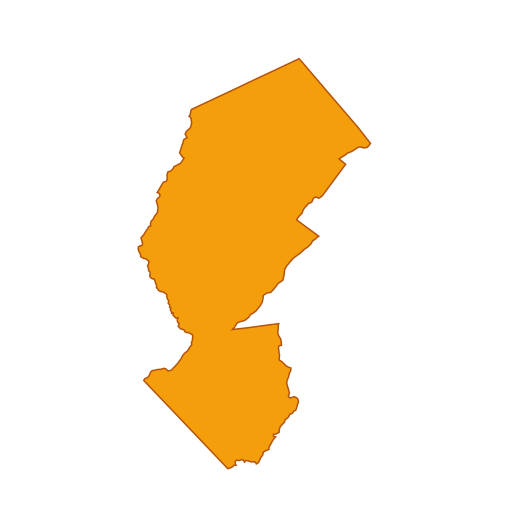 outline of Araputanga, Mato Grosso, Brazil, rotated 226°
{"feature_id": "56859067B59934411010082", "entity_name": "Araputanga", "entity_type": "district", "adm_level": 2, "iso_a3": "BRA", "parent_name": "Brazil", "parent_adm1": "Mato Grosso", "projection": "robinson", "projection_center": [-58.498, -15.266], "detail": "fine", "context": "isolated", "style": "filled", "palette": "amber", "viewbox_px": 512, "rotation_deg": 226, "n_neighbors": 0, "source": "geoboundaries", "source_scale": "gbopen_adm2", "svg_char_len": 4058}
<svg xmlns="http://www.w3.org/2000/svg" viewBox="0 0 512 512"><g transform="rotate(226 256 256)"><path d="M352.3,202.1L350.7,201.3L351.7,199.1L350.9,197.4L350.6,194.8L349.9,192.5L349.2,189.7L349.0,185.9L346.5,184.6L344.9,183.7L343.5,182.8L342.7,181.1L343.9,179.6L344.3,177.7L342.7,176.0L340.6,174.9L337.5,174.1L335.7,172.6L334.0,173.0L332.3,173.5L330.5,174.8L328.4,175.1L326.3,175.3L324.9,173.0L324.3,171.1L322.3,170.4L320.0,168.6L318.0,168.6L316.7,167.4L315.6,165.8L313.9,165.1L311.4,165.7L310.0,166.9L307.8,165.7L305.4,164.6L303.6,163.9L302.5,162.4L300.7,162.5L298.7,162.0L296.6,162.8L294.7,164.2L292.7,164.7L290.2,165.1L288.4,163.3L286.5,162.4L284.4,162.1L283.1,160.1L280.5,159.8L279.1,158.2L277.5,158.7L276.8,157.0L274.8,156.5L273.3,155.4L272.4,156.9L271.0,155.2L269.2,155.2L267.0,155.3L265.8,157.0L264.9,155.0L262.8,153.6L260.9,153.9L259.6,151.3L256.1,151.1L253.1,152.9L251.0,152.3L249.3,152.7L247.7,154.3L245.7,154.9L243.5,155.5L241.8,154.4L240.8,152.9L239.3,151.5L238.8,149.6L236.8,148.1L236.4,144.7L235.2,140.9L235.6,138.2L235.6,135.9L235.1,133.1L233.9,130.2L233.8,127.9L233.2,125.6L233.1,123.5L232.9,121.4L232.9,118.8L232.6,116.6L233.2,114.6L234.6,112.8L237.4,112.8L239.3,111.6L240.6,108.9L242.6,106.5L244.1,104.0L245.6,101.8L245.7,99.7L244.9,97.7L244.0,95.4L244.0,92.9L245.0,91.3L244.5,88.8L122.5,88.0L121.2,90.9L120.6,93.1L120.8,95.1L119.3,96.3L121.0,96.9L122.5,97.9L122.7,100.1L120.4,101.9L119.4,104.5L117.5,105.1L115.8,104.5L115.9,106.5L114.2,108.1L111.7,109.1L109.7,111.3L107.9,112.4L106.2,111.8L105.7,114.2L106.6,116.8L107.6,119.1L107.9,121.2L108.4,123.2L109.9,124.7L109.0,128.2L107.9,130.9L109.6,132.8L110.6,136.6L111.5,139.1L112.0,141.7L112.3,144.5L114.2,143.4L115.6,144.7L114.0,146.9L113.1,150.1L115.0,152.2L116.4,155.0L116.6,158.3L116.7,161.1L118.0,163.1L117.6,165.6L117.6,167.6L118.7,170.2L117.6,172.8L118.1,175.6L117.5,177.6L118.7,180.0L120.2,182.4L121.3,184.9L123.4,186.4L125.4,186.8L127.1,186.3L128.5,185.4L129.2,183.7L130.2,181.9L132.3,181.6L133.5,183.4L134.4,185.0L136.5,186.1L138.2,187.1L139.9,187.9L141.8,188.9L143.6,190.1L145.1,192.3L146.3,195.2L148.2,198.0L149.5,201.5L151.2,203.3L154.2,201.8L156.6,201.3L159.0,201.3L162.2,201.2L164.9,200.4L166.2,201.6L168.4,204.1L170.9,205.6L172.3,207.0L174.3,208.2L175.4,210.1L174.1,212.3L176.3,214.2L179.3,216.2L182.4,216.7L185.6,218.2L187.3,220.4L188.6,221.6L190.6,223.9L191.6,225.4L209.4,201.2L211.5,198.4L219.5,188.0L219.6,190.5L220.1,193.0L220.9,195.7L220.0,198.5L218.8,200.6L217.5,203.2L217.2,205.0L217.0,208.4L217.8,211.2L217.0,213.8L216.5,217.5L217.3,224.5L218.4,228.3L220.5,231.5L222.6,233.8L221.9,237.9L219.6,241.3L219.8,245.4L220.3,249.3L220.9,252.9L219.9,258.5L221.5,261.0L223.6,264.0L226.4,267.2L227.6,271.5L227.8,273.8L228.2,276.9L228.5,281.7L228.1,284.3L227.8,286.9L227.4,288.7L227.3,290.9L227.2,293.2L227.3,295.4L226.5,299.3L226.5,301.7L226.6,304.4L227.6,307.2L227.0,310.0L226.9,313.0L226.6,314.9L253.7,310.3L254.4,312.3L254.7,315.4L254.8,318.7L256.5,322.3L257.0,325.6L257.0,328.0L257.5,330.3L256.4,331.9L256.2,334.2L257.5,337.0L257.5,338.9L256.1,340.5L254.0,341.2L253.4,343.5L253.3,345.8L259.7,384.2L268.2,383.2L267.8,385.0L266.7,390.3L266.4,393.8L265.4,395.5L264.6,398.1L263.7,402.4L263.0,405.7L261.6,407.1L259.2,408.4L257.0,411.0L256.9,413.5L257.5,416.6L278.5,418.8L282.7,419.0L336.4,422.2L362.2,423.8L368.1,424.0L368.6,422.2L371.5,413.7L374.1,406.0L383.4,378.9L385.5,372.6L391.5,354.7L403.8,318.7L406.3,311.3L405.2,309.3L403.4,306.8L402.9,304.8L401.3,305.4L399.3,304.2L396.5,302.2L395.2,300.4L393.9,298.0L393.9,295.7L394.0,292.5L393.0,289.8L389.1,288.6L389.9,284.8L387.9,281.6L386.7,278.9L385.1,276.3L383.4,272.7L378.3,271.9L376.3,272.2L375.6,268.7L375.1,266.0L376.1,263.0L376.5,261.2L377.3,259.1L376.5,257.4L376.3,253.7L377.7,251.2L376.4,248.5L373.0,245.7L372.1,243.3L373.5,240.6L372.7,237.8L372.1,235.5L370.7,231.0L370.3,229.0L368.6,229.8L366.4,229.3L365.5,227.5L365.8,225.2L365.1,222.7L362.1,221.1L359.8,219.8L358.2,218.5L356.7,216.4L355.5,214.5L355.3,211.9L354.9,210.0L353.9,207.3L353.9,204.8L352.3,202.1Z" fill="#f59e0b" stroke="#b45309" stroke-width="1.5"/></g></svg>